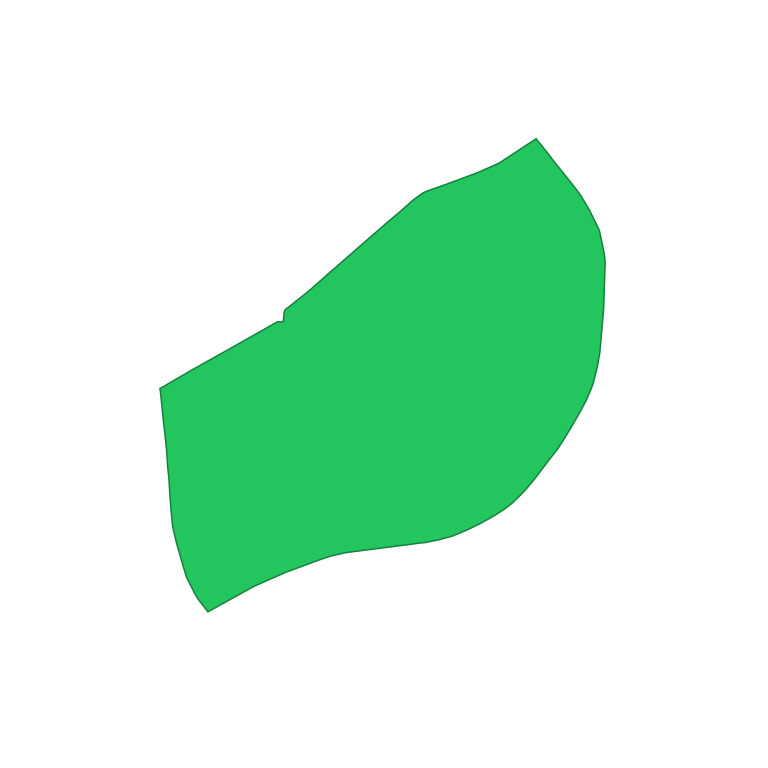 outline of Phra Nakhon, Bangkok Metropolis, Thailand, rotated 216°
{"feature_id": "78962969B48360013024769", "entity_name": "Phra Nakhon", "entity_type": "district", "adm_level": 2, "iso_a3": "THA", "parent_name": "Thailand", "parent_adm1": "Bangkok Metropolis", "projection": "albers", "projection_center": [100.499, 13.756], "detail": "fine", "context": "isolated", "style": "filled", "palette": "green", "viewbox_px": 768, "rotation_deg": 216, "n_neighbors": 0, "source": "geoboundaries", "source_scale": "gbopen_adm2", "svg_char_len": 1633}
<svg xmlns="http://www.w3.org/2000/svg" viewBox="0 0 768 768"><g transform="rotate(216 384 384)"><path d="M260.0,277.8L257.8,279.6L248.0,290.3L239.0,301.6L231.7,313.6L231.6,313.8L224.6,326.7L217.6,341.7L212.9,353.8L210.1,363.7L209.0,370.3L208.0,376.5L207.3,381.9L206.7,390.4L206.3,396.0L206.1,407.2L205.8,421.3L205.3,433.8L206.2,448.5L207.6,464.2L209.0,477.0L210.8,490.0L213.6,502.0L215.6,508.9L216.0,509.8L221.6,523.4L227.9,536.4L241.5,559.0L250.2,573.5L270.4,603.3L275.9,611.4L276.3,612.0L278.3,614.4L281.8,618.3L284.1,620.4L295.2,630.5L299.4,634.3L300.5,635.1L319.3,645.1L335.6,652.2L347.0,655.7L369.6,661.9L377.1,663.9L387.3,667.0L401.4,670.8L405.1,671.8L420.6,630.7L423.6,625.3L433.5,608.5L453.1,579.1L460.6,568.3L463.7,563.5L465.2,560.5L466.1,557.7L468.5,550.3L472.3,532.9L475.4,520.6L475.9,518.3L476.9,514.3L480.9,497.1L493.1,443.8L499.4,415.6L506.5,389.8L507.1,388.0L507.6,386.3L507.5,385.3L507.3,384.2L506.7,383.0L502.1,375.0L504.3,373.5L505.8,372.4L506.8,371.7L509.1,366.7L509.2,366.4L510.5,363.6L511.7,360.9L512.3,359.5L513.5,357.0L516.2,351.0L520.7,341.4L521.8,338.8L523.1,335.9L534.4,311.2L538.0,303.4L541.4,296.2L544.6,289.0L547.6,282.7L548.4,280.8L554.2,267.7L555.6,264.4L557.3,260.6L561.0,252.2L562.7,248.6L560.4,246.4L551.7,236.7L541.2,224.9L532.0,214.9L525.7,207.9L519.8,201.3L511.1,190.7L501.8,180.3L492.2,168.6L481.2,155.7L471.7,145.0L468.6,142.1L458.9,133.8L447.9,125.2L438.3,117.7L429.9,111.4L421.6,107.2L414.3,103.4L407.7,100.6L400.1,98.4L392.5,96.2L380.2,122.7L370.2,144.0L353.0,173.6L331.9,205.2L326.1,213.3L323.5,216.3L315.8,225.1L260.0,277.8Z" fill="#22c55e" stroke="#15803d" stroke-width="1.5"/></g></svg>